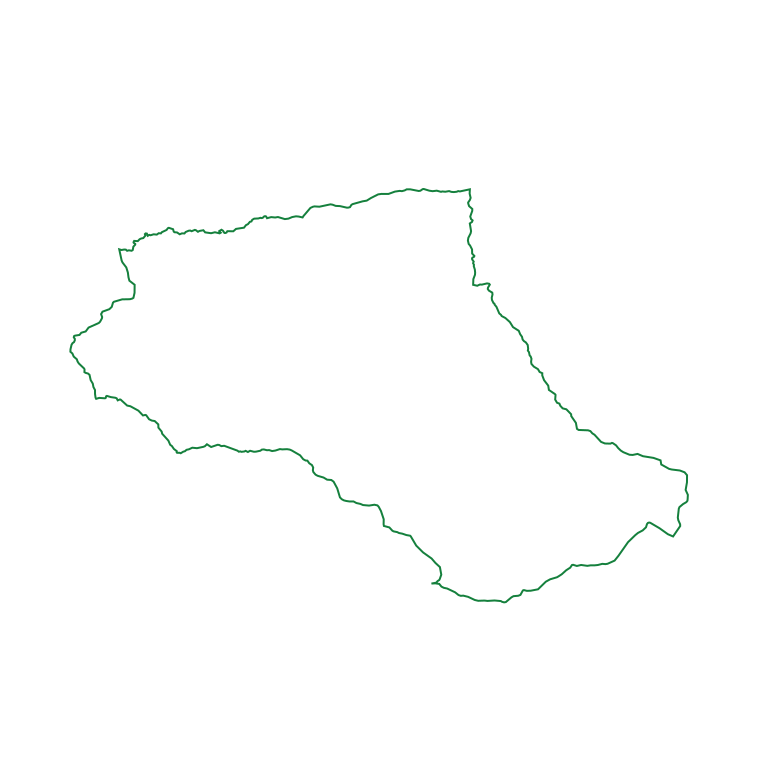 Cucutilla, Norte de Santander, Colombia, rotated 277°
{"feature_id": "7082276B94948721354660", "entity_name": "Cucutilla", "entity_type": "district", "adm_level": 2, "iso_a3": "COL", "parent_name": "Colombia", "parent_adm1": "Norte de Santander", "projection": "natural_earth1", "projection_center": [-72.786, 7.499], "detail": "fine", "context": "isolated", "style": "outline", "palette": "green", "viewbox_px": 768, "rotation_deg": 277, "n_neighbors": 0, "source": "geoboundaries", "source_scale": "gbopen_adm2", "svg_char_len": 6129}
<svg xmlns="http://www.w3.org/2000/svg" viewBox="0 0 768 768"><g transform="rotate(277 384 384)"><path d="M191.7,455.4L192.4,459.2L192.3,463.2L189.9,465.7L189.0,468.2L188.7,471.6L185.9,480.0L183.6,483.7L183.1,486.1L183.6,488.4L183.0,493.4L180.7,500.4L180.3,503.9L181.3,510.2L181.3,513.1L182.6,520.1L182.8,526.4L182.2,527.7L181.9,529.8L182.4,531.5L187.8,536.5L189.2,538.4L190.2,543.1L191.3,545.1L196.0,547.0L196.5,548.0L196.1,551.0L196.7,554.8L199.0,561.9L207.5,568.7L210.4,572.7L213.3,579.3L214.3,580.6L216.8,583.6L221.3,587.5L224.4,591.2L227.2,592.6L227.6,593.7L226.9,597.6L228.4,601.7L228.3,608.0L229.2,611.2L229.7,615.2L230.4,618.3L232.1,622.6L232.2,625.7L232.8,627.8L236.8,634.4L242.0,637.6L256.8,645.5L264.6,651.8L267.1,654.2L270.2,658.6L273.7,661.5L277.0,662.1L278.2,662.8L278.8,664.0L278.7,665.2L274.4,675.1L269.5,684.1L267.9,689.5L279.1,695.3L280.9,695.0L284.7,692.7L287.2,691.9L296.2,691.8L297.9,692.3L301.3,695.5L303.6,698.5L305.1,699.4L306.7,699.4L311.0,699.1L315.6,696.3L323.3,696.7L330.4,695.9L333.0,693.1L334.2,688.2L334.2,680.0L334.5,677.3L337.9,669.0L341.9,667.8L343.5,660.5L343.9,649.8L345.5,644.2L343.9,639.5L343.7,636.3L345.5,629.8L346.8,627.1L348.9,624.3L351.4,621.8L353.2,618.3L353.3,617.4L352.4,616.0L351.9,610.5L353.0,606.5L359.3,599.1L360.4,596.8L362.4,594.6L362.9,592.2L362.1,582.8L363.0,581.0L368.8,579.2L374.9,573.8L376.8,573.4L381.1,568.1L381.6,564.3L383.9,561.6L385.9,560.5L386.5,558.0L389.4,555.8L394.1,555.6L394.7,555.1L398.2,548.4L402.4,547.2L407.3,542.4L411.9,540.0L414.0,539.8L414.9,537.0L417.5,535.0L419.5,530.6L421.9,527.9L423.9,527.3L427.0,527.3L429.2,526.2L430.1,525.1L433.3,524.0L434.7,522.7L436.5,522.8L440.2,521.9L442.6,519.7L443.6,517.7L445.0,516.2L447.7,515.2L450.0,513.1L453.2,511.3L456.2,505.1L460.8,501.4L464.3,496.4L465.8,492.5L466.9,491.7L468.1,489.8L474.3,486.2L476.3,484.1L477.2,483.8L477.7,482.8L480.6,480.9L482.8,480.4L486.1,480.8L487.9,480.3L489.5,476.7L491.0,475.4L492.4,475.5L495.5,476.9L496.3,476.2L496.4,474.0L494.6,469.1L494.4,467.0L492.9,464.6L493.3,460.4L499.0,459.9L503.5,461.0L505.6,460.9L508.7,460.2L512.0,458.7L513.2,458.8L514.8,457.7L516.4,458.1L518.3,456.4L519.1,456.1L520.1,456.3L521.3,457.9L522.1,458.1L524.2,455.6L528.3,455.0L532.0,452.5L533.3,451.0L536.6,449.8L539.4,449.9L544.1,451.6L546.3,451.8L553.8,449.6L555.6,451.6L557.2,452.0L558.3,450.3L560.8,449.2L566.6,450.5L568.5,450.3L570.9,446.8L573.4,445.6L574.4,445.4L577.1,446.8L579.3,447.3L583.4,445.8L587.7,445.5L584.4,435.9L584.5,434.1L583.7,432.8L583.0,429.9L582.9,427.4L583.4,425.1L582.3,421.4L582.2,418.3L581.7,417.2L582.3,412.8L581.3,408.7L581.4,405.4L582.4,399.7L582.1,398.6L580.3,396.6L579.8,395.0L580.4,386.5L580.0,382.8L578.7,381.0L577.6,378.3L577.6,376.1L576.3,371.4L573.2,365.3L572.4,358.5L571.5,355.1L567.1,348.5L563.9,344.5L562.7,340.5L558.7,330.9L557.8,329.8L555.4,328.7L554.7,327.0L554.5,325.6L555.2,318.6L554.9,314.3L555.7,311.1L555.8,309.0L552.1,298.3L551.8,293.4L551.3,291.9L549.8,289.5L540.9,283.6L539.4,282.9L539.8,278.9L539.7,276.2L538.5,272.5L536.5,269.0L535.6,265.5L536.8,258.4L536.0,255.7L535.9,251.7L534.3,247.7L535.9,246.6L536.1,245.5L535.7,244.6L534.1,243.3L533.7,241.9L533.9,241.1L533.0,239.1L532.3,235.0L530.9,233.2L529.2,232.6L528.6,231.1L526.1,229.5L524.8,227.6L522.1,226.0L519.9,218.2L517.2,215.8L516.6,209.9L515.1,209.2L514.5,208.0L514.5,207.2L516.5,205.5L517.3,203.9L515.7,201.8L515.3,201.9L514.3,203.5L513.5,202.5L514.0,197.7L512.6,194.0L512.7,188.0L514.6,186.0L513.4,182.1L512.4,180.8L513.7,178.6L513.9,177.5L512.2,174.4L512.7,172.9L512.3,171.4L510.7,168.6L509.1,167.6L508.9,165.1L507.7,163.0L509.2,160.1L509.1,157.5L509.7,156.7L511.9,155.8L512.8,151.4L512.3,150.5L510.4,149.4L507.6,145.0L506.3,144.2L506.2,142.0L504.6,140.3L504.5,137.1L503.2,134.2L503.4,132.8L502.3,131.5L504.4,130.3L504.4,129.0L503.6,128.4L502.2,129.1L499.5,127.3L498.8,125.2L497.9,123.8L495.8,122.2L495.6,118.6L494.2,118.1L493.6,118.4L492.8,120.0L492.0,120.1L489.8,118.5L486.4,118.3L485.5,117.3L485.6,114.5L484.9,112.8L485.9,111.4L485.8,109.7L485.0,107.1L485.4,104.8L474.7,108.5L472.8,109.6L468.3,114.0L463.4,116.2L458.7,117.4L455.5,118.7L452.1,124.4L444.1,125.3L439.0,124.8L438.1,123.7L437.2,121.5L436.1,113.8L432.7,105.9L431.7,105.1L427.4,104.4L424.8,102.3L421.5,95.8L418.9,94.7L416.1,96.1L414.7,96.0L411.2,94.6L409.8,93.5L404.0,83.9L399.8,81.5L398.0,77.3L395.6,75.8L394.3,71.3L393.7,70.5L392.5,70.4L391.2,71.6L389.7,71.8L387.8,71.2L386.6,69.9L384.9,69.1L380.3,68.6L377.8,68.8L376.3,71.0L373.4,72.7L371.1,76.1L369.0,77.1L367.2,78.6L362.8,84.5L361.9,85.0L359.3,85.2L358.7,86.4L358.3,89.0L357.2,90.6L352.1,92.4L348.9,94.9L345.5,96.0L342.8,97.9L338.9,98.4L335.2,99.4L334.2,100.1L335.5,103.0L335.8,108.8L336.3,109.5L337.9,109.7L338.4,110.4L337.7,114.5L337.6,119.1L337.2,120.4L335.3,121.7L336.5,123.8L336.4,124.5L331.3,131.7L331.0,135.0L327.6,143.5L323.4,148.6L324.2,150.8L324.0,151.8L320.4,155.1L319.4,158.0L319.3,160.9L316.4,164.9L313.2,165.4L309.7,169.1L307.6,169.9L301.5,176.9L297.6,179.2L296.6,181.0L293.9,183.4L292.1,186.5L291.0,186.5L290.5,187.0L290.8,189.6L290.5,190.7L292.3,192.9L293.1,194.7L294.6,196.0L295.4,198.3L297.4,201.5L297.5,206.2L299.6,212.3L300.4,213.8L302.6,215.6L300.4,220.1L303.4,226.3L303.4,227.8L302.5,230.1L303.2,232.9L300.0,246.6L299.1,248.2L299.6,249.5L299.3,250.7L300.0,253.6L300.8,254.8L299.9,257.2L301.4,259.2L300.9,263.1L301.2,265.0L302.7,269.4L304.0,270.8L304.4,272.7L304.0,275.9L304.4,278.1L303.8,281.1L304.7,284.3L306.7,288.6L306.7,291.0L307.5,295.7L307.4,298.5L306.8,300.5L303.0,309.4L299.5,313.0L298.5,315.5L298.6,317.3L296.2,319.5L294.7,322.4L292.4,323.9L289.7,323.9L288.0,324.6L285.7,327.1L284.8,329.3L283.8,335.4L282.1,339.2L282.3,343.4L280.9,345.9L274.7,350.3L266.1,354.1L264.5,356.1L263.6,358.4L263.3,360.8L263.2,364.3L263.7,368.1L262.5,371.1L262.1,375.2L261.3,377.9L261.5,384.0L263.0,389.2L262.7,392.3L261.5,393.7L257.5,396.5L249.7,400.2L244.8,400.7L243.1,401.2L242.3,406.8L239.4,410.2L238.9,411.5L238.6,415.2L237.9,417.1L237.7,420.3L236.8,424.6L236.6,428.4L236.1,429.1L227.5,435.7L221.6,443.3L216.6,452.5L212.7,456.8L209.1,461.8L201.7,464.1L197.2,463.1L196.2,462.7L194.9,461.2L193.2,460.1L191.7,455.4Z" fill="none" stroke="#15803d" stroke-width="2"/></g></svg>